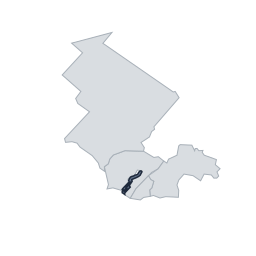 Gambia highlighted among its neighbors, rotated 313°
{"feature_id": "GMB", "entity_name": "Gambia", "entity_type": "country or territory", "adm_level": 0, "iso_a3": "GMB", "parent_name": "Africa", "parent_adm1": "", "projection": "albers", "projection_center": [-15.506, 13.438], "detail": "fine", "context": "with_neighbors", "style": "filled", "palette": "slate", "viewbox_px": 256, "rotation_deg": 313, "n_neighbors": 4, "source": "natural_earth", "source_scale": "50m", "svg_char_len": 2545}
<svg xmlns="http://www.w3.org/2000/svg" viewBox="0 0 256 256"><g transform="rotate(313 128 128)"><path d="M77.8,165.5L73.9,157.8L69.1,154.2L73.3,152.3L83.6,137.1L88.4,138.0L93.0,135.8L98.3,135.7L109.3,141.2L121.6,155.2L124.1,167.0L127.7,169.8L128.2,176.7L118.7,177.9L111.7,175.6L89.1,175.2L78.1,177.6L76.6,169.9L85.4,170.2L93.0,166.4L101.4,168.6L105.5,166.4L103.6,163.5L97.4,165.2L93.6,162.8L90.5,162.9L88.3,165.3L77.8,165.5Z" fill="#d9dde1" stroke="#a8b0b8" stroke-width="1"/><path d="M74.9,92.1L77.0,88.8L113.6,88.8L111.7,74.6L113.9,69.6L122.6,68.6L121.9,43.7L152.0,43.5L151.6,28.9L186.9,51.1L172.8,51.9L185.2,136.5L186.9,137.6L185.0,144.7L146.6,146.1L145.2,148.3L141.5,147.7L136.1,149.8L126.3,147.4L124.8,153.3L121.6,155.2L109.3,141.2L98.3,135.7L93.0,135.8L88.4,138.0L83.6,137.1L80.3,140.3L79.5,134.9L82.2,130.1L83.4,120.7L81.3,106.0L82.2,101.1L79.8,96.4L74.9,92.1Z" fill="#d9dde1" stroke="#a8b0b8" stroke-width="1"/><path d="M107.0,175.5L118.7,177.9L128.2,176.7L128.9,180.3L132.9,178.9L141.5,182.4L149.5,177.3L151.4,177.5L159.0,186.4L156.8,192.3L158.8,191.2L160.1,192.4L159.7,195.3L162.7,198.1L160.8,198.9L160.1,202.3L165.2,214.2L160.7,216.9L161.0,223.1L156.6,223.0L154.7,227.1L151.9,227.1L149.9,225.0L150.5,221.0L146.2,215.1L138.9,217.1L137.5,208.1L132.5,200.4L124.7,200.6L119.7,202.7L117.0,207.6L111.7,212.1L103.5,202.4L98.6,199.1L96.0,192.6L93.2,190.9L97.5,186.1L100.4,186.3L106.6,183.2L105.8,179.9L107.0,175.5Z" fill="#d9dde1" stroke="#a8b0b8" stroke-width="1"/><path d="M78.1,177.6L89.1,175.2L107.0,175.5L105.8,179.9L106.6,183.2L100.4,186.3L97.5,186.1L93.2,190.9L87.9,186.8L83.8,186.1L78.1,177.6Z" fill="#d9dde1" stroke="#a8b0b8" stroke-width="1"/><path d="M79.3,165.6L81.7,165.5L84.7,165.6L87.9,165.6L89.4,165.6L90.2,164.2L91.8,163.6L93.3,163.4L94.1,163.4L95.0,163.7L96.6,164.8L97.7,165.1L98.5,165.3L99.1,165.9L100.1,166.4L100.9,166.6L101.4,166.5L102.1,166.3L102.6,166.1L104.3,166.0L105.5,166.7L105.7,167.4L105.5,168.1L103.9,168.5L101.7,169.1L99.8,168.8L97.6,168.0L96.2,167.4L95.7,167.1L94.9,166.8L94.1,166.4L93.4,166.1L92.9,165.9L92.5,166.1L92.3,166.6L92.0,167.2L91.6,167.5L89.7,167.7L88.0,167.9L87.1,168.1L86.5,168.2L86.3,169.9L84.4,169.9L82.5,169.9L80.5,169.9L78.4,169.9L77.9,170.2L77.3,170.8L77.3,170.0L76.7,168.0L77.4,167.2L78.2,166.7L78.8,167.1L78.9,167.9L79.3,168.4L80.7,168.8L82.1,168.5L82.9,168.6L82.9,168.2L83.2,167.6L84.8,167.4L86.6,167.2L88.4,166.9L89.8,166.9L90.2,166.8L90.1,166.7L88.9,166.5L86.2,166.9L83.4,167.0L81.3,168.0L80.4,167.9L79.6,166.9L79.3,165.6Z" fill="#64748b" stroke="#1e293b" stroke-width="1.5"/></g></svg>